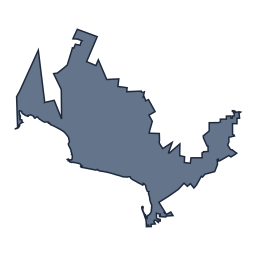 Puerto Peñasco, Sonora, Mexico
{"feature_id": "50627088B70846464748232", "entity_name": "Puerto Peñasco", "entity_type": "district", "adm_level": 2, "iso_a3": "MEX", "parent_name": "Mexico", "parent_adm1": "Sonora", "projection": "albers", "projection_center": [-113.36, 31.53], "detail": "fine", "context": "isolated", "style": "filled", "palette": "slate", "viewbox_px": 256, "rotation_deg": 0, "n_neighbors": 0, "source": "geoboundaries", "source_scale": "gbopen_adm2", "svg_char_len": 5597}
<svg xmlns="http://www.w3.org/2000/svg" viewBox="0 0 256 256"><path d="M240.6,112.1L239.3,111.8L235.5,112.3L235.4,111.4L233.9,111.4L233.9,110.7L232.4,110.7L232.4,111.4L233.4,111.4L233.5,112.9L234.2,113.0L234.2,116.0L232.5,116.0L232.4,118.2L230.9,118.2L230.8,116.0L226.4,116.1L226.4,119.1L220.3,119.2L220.4,121.8L218.8,122.6L209.2,122.7L209.2,130.2L209.2,131.0L203.2,135.9L203.5,138.1L206.4,144.5L206.7,144.9L206.7,145.6L207.0,145.9L207.5,146.1L208.0,146.1L208.1,151.3L208.1,151.5L203.5,151.7L203.5,152.2L202.0,152.9L202.1,157.8L191.0,157.8L190.3,163.3L184.3,162.5L184.6,156.7L179.7,155.7L179.9,143.9L169.2,153.2L168.5,152.8L172.2,142.4L162.8,148.6L160.0,144.3L159.2,142.8L159.5,139.9L159.3,133.5L149.2,133.2L149.8,130.2L152.3,121.3L148.9,115.1L155.1,111.6L148.5,99.6L145.7,100.8L144.1,96.6L143.2,97.1L144.3,91.9L143.3,92.4L142.4,92.2L141.2,91.8L141.2,91.1L126.7,91.7L127.1,87.7L117.9,86.5L118.8,78.9L106.7,79.5L98.3,59.8L95.9,65.6L87.3,61.9L86.6,61.6L97.2,36.7L77.3,29.3L72.9,38.8L77.6,39.1L82.0,40.8L81.4,41.2L80.0,45.3L75.4,44.2L73.8,48.1L72.4,47.8L72.2,48.8L67.3,65.0L64.3,67.6L57.3,73.1L53.6,73.6L61.2,89.4L61.3,90.9L61.6,119.0L54.2,100.3L44.6,102.5L44.7,102.3L38.3,50.2L19.9,90.7L16.6,96.7L17.6,127.6L16.5,128.3L15.4,128.7L15.4,128.8L16.7,128.5L18.1,127.9L18.9,127.0L18.9,126.5L19.2,126.2L19.4,126.1L19.4,125.9L19.5,125.8L19.2,125.7L18.9,125.2L19.4,124.5L20.6,123.4L21.6,122.8L22.6,122.4L21.8,122.0L21.8,121.9L22.2,121.6L21.9,121.1L21.8,120.7L22.0,120.2L21.8,119.9L20.9,119.6L20.1,119.7L20.0,118.6L20.2,118.4L20.1,118.2L19.9,117.9L20.0,117.6L19.9,117.3L20.2,117.3L20.3,117.0L20.4,116.5L20.2,116.2L20.4,116.3L20.4,116.0L19.7,114.7L19.4,113.8L19.4,112.8L19.3,112.3L19.1,111.7L19.3,110.7L21.3,111.2L21.4,111.7L21.5,111.7L21.6,111.9L21.9,112.0L22.0,112.6L22.1,113.1L22.4,113.3L22.8,113.7L23.0,113.9L23.3,114.0L23.5,114.3L24.4,114.5L24.6,114.8L24.9,115.1L25.1,115.1L25.7,115.5L26.3,115.7L27.1,115.7L27.4,116.1L27.8,116.3L28.3,116.2L28.6,115.3L31.0,114.9L33.8,116.4L34.0,117.4L34.5,118.0L35.0,118.2L35.4,117.8L36.2,117.4L36.9,116.9L37.5,116.9L39.1,118.8L42.4,121.0L43.5,121.7L44.4,122.0L44.8,122.1L45.6,122.1L46.5,121.9L48.3,122.1L48.4,122.3L48.1,122.6L48.1,122.8L48.5,123.1L48.9,123.3L49.6,123.1L49.7,123.4L50.0,123.6L50.0,123.8L50.0,124.2L50.3,124.5L51.1,124.9L53.2,125.7L57.3,127.8L57.9,128.2L60.3,129.4L62.0,130.5L63.2,131.3L64.5,132.3L66.2,134.2L67.4,135.8L67.9,136.3L68.2,136.9L68.9,138.4L68.8,138.7L68.9,139.7L69.5,141.1L69.3,141.4L69.4,141.8L69.2,142.3L68.5,143.3L68.4,143.7L68.3,144.0L68.5,144.9L69.2,146.4L70.7,149.5L71.1,150.9L71.3,151.3L71.1,151.7L71.5,152.6L71.9,153.8L71.9,154.0L71.6,154.1L71.5,154.5L71.9,154.6L72.0,154.7L72.2,155.2L72.3,155.9L72.4,156.7L72.3,157.3L72.1,158.3L71.9,159.2L72.0,159.4L71.1,160.0L70.9,160.0L70.6,159.8L70.1,159.9L69.8,160.1L69.6,159.9L69.2,159.9L68.8,159.4L68.3,159.0L67.9,159.1L67.7,159.4L67.3,159.5L67.6,159.8L68.4,160.3L68.5,160.5L68.4,160.8L68.7,160.8L69.3,161.2L69.4,161.5L69.5,161.6L70.0,161.9L70.1,162.1L70.4,162.2L70.7,162.2L71.4,162.4L71.7,162.4L72.4,162.3L72.6,162.4L73.4,162.4L76.6,162.9L78.5,163.4L79.6,163.8L80.3,164.1L81.0,164.8L80.9,165.0L81.0,165.6L81.1,165.8L81.4,165.8L81.5,165.4L81.7,165.5L81.8,165.5L81.7,165.5L81.8,165.6L81.6,165.6L81.8,165.6L81.6,165.7L81.8,165.8L81.8,166.1L81.7,166.1L81.4,166.2L81.0,166.0L80.8,166.0L80.6,165.9L80.6,165.7L80.6,165.8L80.5,166.2L80.6,166.5L80.9,166.9L81.5,167.4L82.7,167.5L96.0,170.1L96.4,170.0L96.8,169.8L97.0,169.5L97.8,169.5L98.1,170.3L98.9,170.7L99.6,170.9L104.1,171.6L107.0,172.2L109.1,172.7L113.6,173.9L114.5,174.3L118.2,175.3L120.3,175.9L122.6,176.7L123.3,176.9L123.7,176.8L124.5,176.9L124.8,176.9L126.5,177.0L127.1,177.1L127.6,177.1L127.9,177.0L128.1,176.9L128.3,176.7L130.2,176.8L130.4,177.6L130.9,178.4L132.9,179.8L136.7,181.8L137.5,182.4L140.8,184.0L142.8,185.1L143.1,184.9L143.4,184.3L143.3,183.4L144.2,183.7L145.5,185.4L145.9,186.9L146.0,187.9L146.4,189.0L146.8,189.8L147.2,191.1L147.9,191.4L149.0,191.8L148.5,192.4L148.6,193.5L148.5,194.0L148.9,194.7L149.3,196.2L149.7,198.1L149.7,199.0L149.9,200.0L150.3,201.4L150.6,202.2L150.7,203.0L151.2,203.8L151.7,205.2L151.7,207.2L151.5,207.8L151.6,208.7L151.5,209.6L151.3,209.9L151.5,210.2L151.3,210.6L151.3,211.7L150.4,213.3L149.1,214.8L148.0,215.3L147.2,216.5L147.0,218.2L146.6,217.9L146.1,217.1L145.9,215.8L145.2,215.2L145.4,214.7L144.7,214.5L143.2,211.4L142.7,209.5L143.2,207.2L142.8,206.5L142.3,206.5L142.0,206.7L141.8,207.0L141.7,207.4L141.9,208.5L142.2,209.7L142.8,211.2L143.8,213.6L144.2,214.8L144.8,216.7L145.7,219.1L145.9,219.7L146.1,221.1L146.1,221.9L146.3,222.4L146.2,223.4L146.3,224.3L146.3,225.6L146.3,222.8L146.5,225.2L146.4,226.7L147.8,226.6L147.8,225.2L148.6,225.1L148.7,226.6L151.2,226.6L151.1,224.3L155.3,223.9L154.5,222.4L154.2,222.3L154.0,221.3L154.3,220.3L154.8,220.1L155.8,220.4L157.0,221.1L157.7,221.8L157.9,222.1L158.4,222.4L158.4,221.2L160.2,221.1L160.2,219.4L157.9,218.9L157.9,219.1L156.7,218.5L156.5,216.9L156.4,216.2L156.4,213.2L159.6,214.1L160.3,214.1L160.3,215.6L159.5,215.6L159.5,216.6L165.7,217.0L166.1,216.1L173.0,215.6L170.8,212.0L166.4,214.4L165.2,212.6L164.5,213.1L164.0,212.3L164.8,211.8L158.9,202.3L168.6,196.2L178.3,189.4L184.0,183.2L187.4,186.3L190.5,183.7L193.9,188.0L196.5,185.0L201.3,176.3L202.5,177.1L205.0,174.2L214.7,171.6L217.5,164.5L217.2,159.5L218.4,159.2L218.6,161.0L220.1,160.6L228.9,155.5L230.9,157.0L235.4,154.2L236.7,153.2L233.6,151.0L232.3,149.8L230.5,149.5L227.7,145.0L228.9,142.0L228.9,137.3L234.5,136.0L234.2,135.2L232.6,134.4L232.5,123.6L237.0,123.7L237.0,118.2L239.1,118.2L239.2,118.3L239.6,118.2L239.0,113.2L240.6,112.1Z" fill="#64748b" stroke="#1e293b" stroke-width="1.5"/></svg>